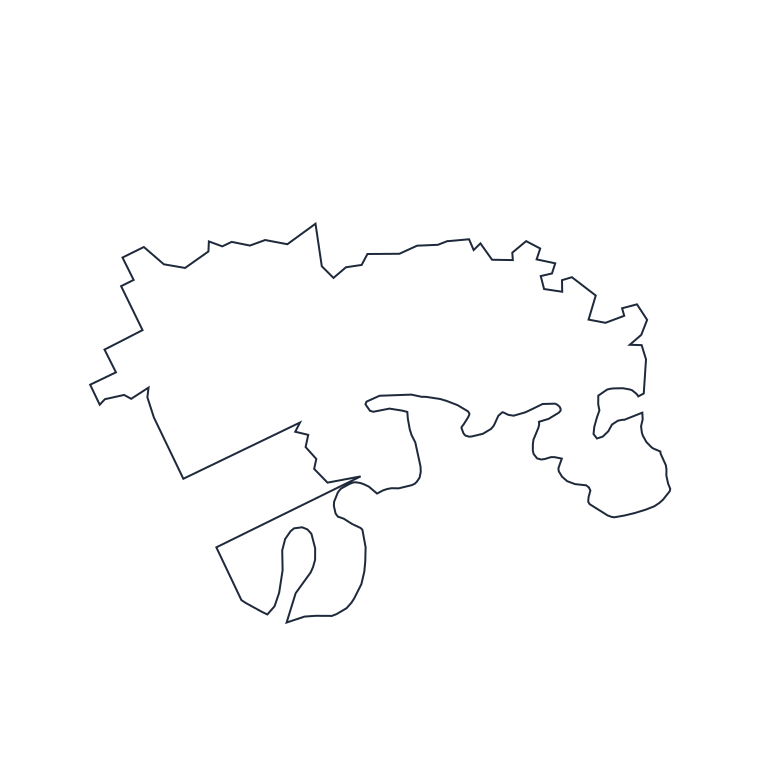 outline of Warren, Mississippi, United States of America, rotated 244°
{"feature_id": "52423323B35376266327581", "entity_name": "Warren", "entity_type": "district", "adm_level": 2, "iso_a3": "USA", "parent_name": "United States of America", "parent_adm1": "Mississippi", "projection": "equal_earth", "projection_center": [-90.955, 32.349], "detail": "fine", "context": "isolated", "style": "outline", "palette": "slate", "viewbox_px": 768, "rotation_deg": 244, "n_neighbors": 0, "source": "geoboundaries", "source_scale": "gbopen_adm2", "svg_char_len": 3286}
<svg xmlns="http://www.w3.org/2000/svg" viewBox="0 0 768 768"><g transform="rotate(244 384 384)"><path d="M261.5,607.2L261.4,607.2L261.6,613.3L291.3,630.3L306.0,632.6L311.5,622.1L315.4,636.8L326.3,648.6L344.7,646.3L347.7,631.2L340.0,629.8L341.9,609.9L352.2,596.1L370.7,613.1L397.6,599.7L399.3,589.5L388.8,584.6L399.2,569.5L412.3,572.2L409.7,583.4L417.4,590.8L429.1,575.8L437.3,583.8L450.1,574.4L445.8,556.9L438.9,554.1L448.3,535.6L468.1,532.3L465.1,523.3L476.8,523.9L484.1,504.7L484.6,503.8L485.5,493.4L493.8,474.4L494.3,454.9L508.1,426.1L500.8,416.1L505.6,401.0L501.5,385.1L517.1,379.7L558.1,392.7L552.0,358.4L565.5,340.3L567.2,324.2L578.5,309.4L578.6,299.0L588.9,289.1L580.1,284.3L575.5,256.1L588.1,238.6L612.4,228.2L612.3,204.4L587.3,204.6L587.2,190.6L538.3,190.6L537.6,157.4L537.5,147.9L512.0,148.2L512.2,119.6L490.0,119.4L492.7,126.5L488.1,145.6L481.5,150.3L484.0,170.8L475.8,165.5L454.8,162.5L386.8,162.1L386.2,291.6L380.0,283.3L371.5,293.6L361.7,285.9L346.3,290.3L338.3,284.0L320.1,290.0L311.2,322.5L310.7,161.7L252.3,161.1L248.0,163.6L233.3,174.0L233.0,174.2L228.0,178.1L232.2,188.2L242.3,198.2L261.0,211.2L279.1,219.6L288.0,227.2L292.6,235.4L293.7,239.9L291.1,247.6L286.9,251.4L281.2,253.1L266.5,250.1L256.2,245.0L250.6,240.0L246.8,235.5L234.7,212.9L212.3,191.9L209.8,210.6L205.6,221.0L198.4,235.5L198.0,240.5L198.9,252.1L201.8,259.0L204.2,263.0L214.1,276.0L224.1,284.1L232.6,289.3L245.3,295.9L262.5,300.7L264.9,299.8L272.1,294.0L280.7,288.7L285.0,284.4L288.8,283.7L296.4,285.5L300.0,287.5L306.6,294.8L307.4,296.2L308.6,298.7L308.9,300.3L309.3,309.2L309.1,312.9L308.0,315.6L305.5,319.2L303.0,321.7L298.4,325.4L288.6,329.7L288.8,336.6L288.2,341.0L287.0,345.2L283.8,351.4L280.9,364.7L280.9,368.0L281.7,370.5L284.2,374.9L288.9,378.5L294.0,380.7L317.7,386.5L326.2,386.4L332.1,387.3L342.3,390.2L348.7,392.7L352.1,388.7L359.5,378.1L363.7,362.3L366.0,359.7L373.8,358.4L375.8,360.5L375.4,374.8L362.5,403.9L356.0,412.2L354.0,416.2L345.9,427.9L341.5,432.7L332.8,440.8L322.6,447.5L320.0,447.8L318.8,447.0L317.1,444.8L312.8,437.9L311.4,435.0L310.6,434.4L305.1,433.8L302.9,434.2L301.7,434.8L299.3,437.5L298.4,439.8L295.9,451.0L296.7,460.5L298.2,464.0L299.2,465.4L305.3,472.8L306.7,477.9L306.3,478.7L301.8,482.2L298.7,486.6L296.6,498.6L296.5,503.7L296.5,517.8L291.4,529.0L290.5,529.9L288.7,531.0L288.4,531.1L286.4,531.9L284.2,531.8L282.6,531.0L281.6,528.6L280.5,516.7L282.1,506.7L279.7,505.8L277.1,503.7L268.4,493.9L264.6,491.4L259.0,488.6L255.5,487.8L250.0,489.0L247.2,492.2L246.1,495.6L245.1,501.9L243.6,505.1L239.0,511.1L231.8,503.8L228.9,502.8L222.6,503.4L216.4,506.0L210.3,511.8L204.3,521.3L201.0,522.9L200.2,522.8L197.8,522.8L192.9,518.5L189.6,516.4L188.3,515.9L185.8,516.2L167.8,527.4L164.8,530.3L163.3,532.4L160.4,542.4L158.2,552.3L156.3,564.4L155.6,573.5L156.4,579.3L157.7,584.0L162.3,593.7L164.2,595.3L170.0,595.7L177.8,597.6L183.6,600.5L187.4,601.7L200.3,602.1L202.2,602.8L207.8,597.9L209.6,596.8L216.7,594.4L224.1,594.0L227.4,594.5L233.3,596.5L238.8,601.0L245.0,603.6L246.5,584.1L247.2,583.0L248.5,578.2L247.6,571.1L243.2,564.9L240.8,557.5L241.7,551.5L247.2,550.4L253.4,554.3L260.7,560.8L265.8,566.0L272.0,567.7L279.6,571.5L281.2,582.1L280.5,585.3L279.5,588.2L275.5,596.8L271.2,602.7L269.5,604.3L264.3,606.7L261.5,607.2Z" fill="none" stroke="#1e293b" stroke-width="2"/></g></svg>